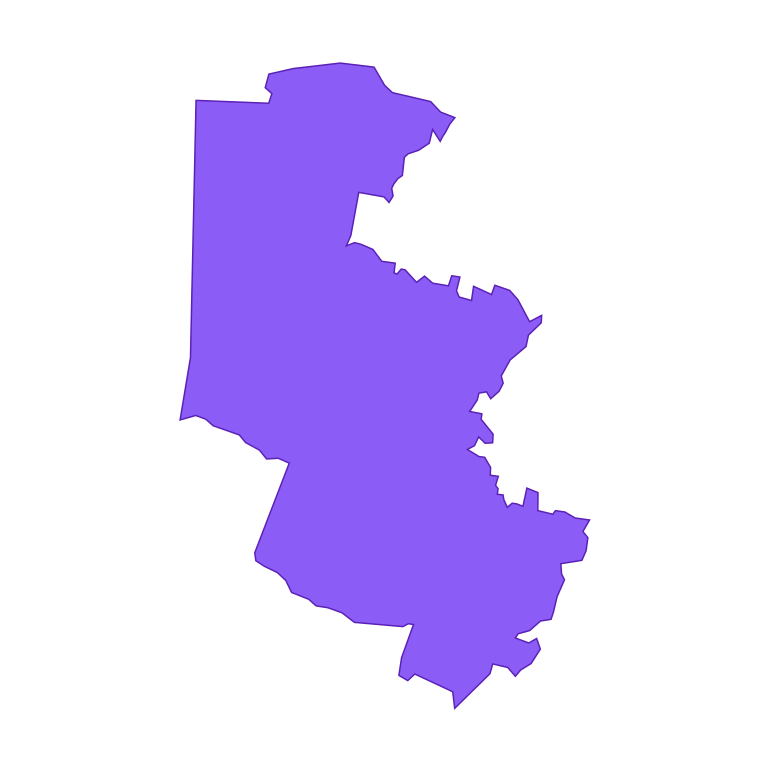 Nurata, Navoi, Uzbekistan, rotated 277°
{"feature_id": "79887680B28423618609803", "entity_name": "Nurata", "entity_type": "district", "adm_level": 2, "iso_a3": "UZB", "parent_name": "Uzbekistan", "parent_adm1": "Navoi", "projection": "robinson", "projection_center": [65.941, 40.555], "detail": "fine", "context": "isolated", "style": "filled", "palette": "violet", "viewbox_px": 768, "rotation_deg": 277, "n_neighbors": 0, "source": "geoboundaries", "source_scale": "gbopen_adm2", "svg_char_len": 2014}
<svg xmlns="http://www.w3.org/2000/svg" viewBox="0 0 768 768"><g transform="rotate(277 384 384)"><path d="M657.0,421.9L660.8,407.0L670.0,395.9L674.2,356.9L680.4,348.3L697.3,335.5L697.2,301.4L686.1,255.7L677.6,232.0L663.6,230.0L658.6,237.3L648.6,235.4L642.6,162.9L386.7,188.7L323.5,186.0L329.8,200.9L327.4,211.3L321.7,219.6L315.8,246.6L309.0,253.8L303.2,268.4L295.3,276.6L297.4,288.1L293.9,299.6L200.8,276.3L193.0,278.3L188.4,287.7L183.8,301.2L177.0,310.5L165.8,317.7L161.2,335.4L155.5,343.7L155.1,355.5L151.8,370.2L143.8,383.7L145.5,432.3L149.0,437.3L148.9,442.6L114.5,434.8L96.6,434.3L92.5,443.7L99.9,449.9L86.9,489.7L70.7,493.7L109.4,524.5L119.4,526.0L117.7,541.4L109.9,550.0L116.8,554.5L124.5,564.1L139.9,571.5L150.0,566.5L144.6,559.2L147.9,545.3L152.5,547.6L157.0,558.6L167.8,568.2L170.8,578.5L178.5,580.0L193.9,581.7L211.7,587.0L217.1,583.4L227.2,581.4L233.1,601.9L243.2,604.9L256.3,605.1L261.8,599.4L274.1,604.6L274.3,590.0L279.0,579.1L279.2,569.6L275.3,567.4L277.1,552.1L294.9,550.1L298.1,538.5L279.6,536.8L281.2,530.2L281.3,525.8L276.7,521.4L283.7,517.1L288.4,515.7L288.4,509.9L293.9,510.0L297.0,507.1L306.3,508.7L306.4,500.6L314.1,500.0L323.5,492.9L323.6,487.0L329.2,474.7L333.8,481.3L343.0,484.4L337.5,491.6L338.9,499.0L347.5,498.4L360.8,484.7L366.3,484.8L367.2,472.4L379.5,478.5L386.5,479.3L388.7,486.7L382.4,491.7L390.8,499.1L399.3,502.2L406.3,499.4L423.3,506.3L438.5,520.4L450.1,521.4L463.9,532.6L471.3,532.1L463.6,520.9L483.9,506.7L492.2,497.4L495.5,482.0L485.9,479.8L491.9,461.0L477.5,460.7L479.5,448.0L485.2,444.6L499.4,446.3L499.7,438.1L489.3,436.0L490.0,420.0L496.0,411.1L488.9,403.9L499.9,391.0L500.2,387.1L494.7,383.5L495.5,380.4L505.3,380.4L505.5,366.8L516.2,356.6L519.9,344.1L520.7,337.5L516.5,329.8L527.4,333.0L571.1,335.6L569.7,361.2L564.8,366.9L571.7,370.1L579.2,367.8L583.8,369.4L589.4,372.6L593.2,376.8L611.6,376.6L615.5,380.0L620.3,390.0L628.6,399.6L642.6,401.2L631.7,410.2L637.1,412.2L641.4,414.4L650.0,417.6L657.0,421.9Z" fill="#8b5cf6" stroke="#5b21b6" stroke-width="1.5"/></g></svg>